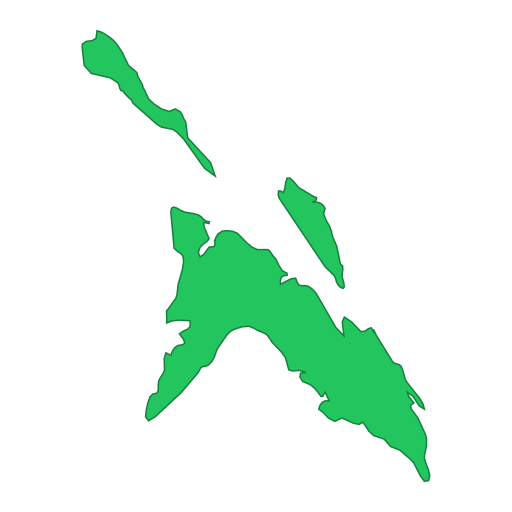 the border of Masbate
{"feature_id": "PHL-2540", "entity_name": "Masbate", "entity_type": "Province", "adm_level": 1, "iso_a3": "PHL", "parent_name": "Philippines", "parent_adm1": "", "projection": "mercator", "projection_center": [123.509, 12.44], "detail": "fine", "context": "isolated", "style": "filled", "palette": "green", "viewbox_px": 512, "rotation_deg": 0, "n_neighbors": 0, "source": "natural_earth", "source_scale": "10m", "svg_char_len": 3647}
<svg xmlns="http://www.w3.org/2000/svg" viewBox="0 0 512 512"><path d="M424.4,457.9L425.7,462.9L428.2,469.2L429.8,475.5L428.6,480.6L424.4,481.3L420.3,475.8L413.9,463.2L410.0,458.9L399.6,450.0L390.7,446.6L384.1,439.1L373.7,435.6L369.0,431.3L363.0,422.2L359.0,424.4L353.4,423.2L342.0,418.0L334.8,421.4L328.3,417.9L322.8,412.2L318.7,409.2L320.0,405.4L322.0,402.5L324.9,400.9L329.2,400.8L325.1,392.2L323.3,395.1L322.9,396.4L320.9,396.4L318.3,392.6L314.6,388.3L310.6,384.9L302.6,381.4L299.9,376.9L300.6,373.1L306.0,372.5L299.3,370.4L293.2,371.0L288.8,369.9L285.4,357.5L281.5,352.2L272.2,342.4L267.7,335.6L265.7,333.8L256.8,330.0L254.4,328.4L248.9,326.2L241.6,326.9L234.5,329.2L230.1,331.6L226.4,335.6L217.1,349.2L214.2,357.5L211.8,361.5L208.7,364.8L205.8,366.2L202.2,366.7L200.6,368.0L198.3,372.5L181.3,392.5L155.3,416.7L148.6,420.8L145.6,416.9L146.2,410.5L147.8,403.0L150.1,396.7L152.9,394.0L156.5,393.3L158.0,391.2L158.3,388.2L158.2,384.5L158.9,380.3L160.7,377.1L162.7,374.1L164.5,370.5L164.2,358.7L165.9,352.8L170.8,355.3L172.5,351.0L174.7,347.7L177.8,345.5L182.6,344.7L184.8,343.1L183.6,339.5L179.4,333.8L183.7,330.9L187.7,329.2L190.2,326.4L190.0,320.7L179.3,320.2L172.4,320.8L166.6,323.0L166.8,320.9L166.5,311.2L166.8,310.4L167.5,309.9L176.0,298.1L177.1,293.8L178.1,284.5L182.6,268.6L183.6,261.3L183.0,256.3L181.2,253.9L178.2,251.9L174.1,248.4L170.8,211.8L171.7,208.0L174.0,207.1L177.1,208.2L180.2,210.1L184.8,212.1L193.6,213.6L198.3,214.9L201.3,216.9L203.6,219.4L206.4,221.2L209.2,221.7L208.9,222.2L209.1,223.5L203.6,222.4L204.2,227.2L209.1,238.6L207.4,241.1L203.7,243.7L200.0,247.4L198.3,252.7L200.0,256.8L203.6,254.5L209.1,247.2L209.9,247.0L213.0,246.8L214.3,246.3L214.9,244.9L214.8,241.9L215.2,240.8L214.6,240.5L216.2,236.9L218.5,233.3L219.6,233.3L221.9,231.2L227.2,230.6L233.1,231.4L237.4,233.3L247.2,243.2L252.1,247.2L257.4,249.6L268.0,249.6L269.6,250.9L273.2,256.1L275.7,258.7L278.5,264.7L282.2,270.6L287.1,273.3L287.1,275.4L283.5,275.8L281.2,277.5L280.3,280.4L280.6,284.2L291.0,278.8L295.6,278.2L297.6,283.1L299.0,285.1L302.0,285.7L305.5,285.7L308.1,286.2L311.4,288.4L314.1,290.9L316.4,293.8L335.8,327.4L343.9,335.9L342.3,322.0L344.3,317.1L351.5,321.8L360.9,331.6L365.2,331.0L368.5,328.6L371.2,327.8L373.5,331.6L373.5,329.4L376.5,335.7L392.7,361.9L394.6,363.2L399.2,364.7L401.1,366.2L402.3,368.9L405.3,379.4L407.0,382.4L419.9,398.6L423.0,404.0L424.4,409.2L419.3,406.0L413.0,396.3L407.3,392.2L408.4,395.6L409.7,397.8L413.9,402.8L410.4,405.7L411.5,409.3L417.9,418.0L425.4,434.2L426.5,438.5L426.5,446.0L424.6,454.5L424.4,457.9ZM185.7,122.0L187.7,137.8L210.6,162.6L215.2,176.1L204.5,168.3L183.6,139.0L177.0,132.2L172.9,129.4L161.3,127.1L156.5,124.0L133.2,103.4L130.8,99.0L129.6,98.6L124.1,92.8L123.4,91.4L120.9,90.4L119.7,88.1L119.0,85.3L118.0,82.9L110.3,77.9L91.3,73.4L84.2,65.5L82.2,47.8L82.3,44.1L86.5,41.3L91.8,40.7L96.0,38.5L97.0,30.7L100.6,31.8L104.7,33.9L111.7,38.8L114.7,41.8L117.5,45.2L122.3,52.5L128.5,65.5L135.8,71.5L137.0,73.0L138.0,76.7L142.3,84.5L143.3,88.3L144.1,89.2L148.7,99.0L153.9,103.9L161.4,108.9L169.2,111.4L175.2,108.9L180.1,111.6L182.1,114.6L183.4,118.1L185.7,122.0ZM342.0,276.5L343.8,282.8L344.3,286.7L343.0,288.4L340.5,287.4L338.1,284.9L336.4,281.7L335.7,278.7L334.3,275.7L325.1,266.8L279.1,198.1L278.2,195.1L278.5,191.0L280.6,191.0L283.4,192.6L284.8,188.4L285.7,182.3L287.1,178.1L289.9,178.1L293.4,181.2L298.7,187.6L313.9,196.7L316.6,197.7L316.3,199.7L315.3,200.8L312.3,202.0L316.6,202.0L320.2,203.1L323.0,205.2L325.1,208.4L323.6,214.0L326.1,220.3L329.6,226.4L331.4,231.2L332.4,236.1L336.8,246.4L340.2,262.9L340.9,264.5L342.6,265.9L342.8,269.3L342.0,276.5Z" fill="#22c55e" stroke="#15803d" stroke-width="1.5"/></svg>